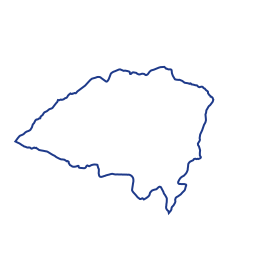 the district of Mushie, Bandundu, Democratic Republic of the Congo, rotated 216°
{"feature_id": "63176286B59505490488503", "entity_name": "Mushie", "entity_type": "district", "adm_level": 2, "iso_a3": "COD", "parent_name": "Democratic Republic of the Congo", "parent_adm1": "Bandundu", "projection": "equal_earth", "projection_center": [17.182, -2.524], "detail": "fine", "context": "isolated", "style": "outline", "palette": "blue", "viewbox_px": 256, "rotation_deg": 216, "n_neighbors": 0, "source": "geoboundaries", "source_scale": "gbopen_adm2", "svg_char_len": 5279}
<svg xmlns="http://www.w3.org/2000/svg" viewBox="0 0 256 256"><g transform="rotate(216 128 128)"><path d="M75.7,201.1L75.8,201.1L77.4,202.2L78.4,202.3L79.6,201.9L80.1,202.4L81.4,202.4L83.2,203.0L83.6,203.1L84.6,204.3L85.2,204.5L87.2,204.5L89.1,205.0L90.3,204.7L91.5,205.1L92.2,205.0L93.0,204.5L94.2,203.0L94.8,202.8L95.4,202.7L97.3,203.0L98.4,202.3L100.8,201.4L102.3,200.6L103.0,200.9L103.5,200.8L103.9,200.7L104.1,200.0L104.4,199.8L104.8,199.8L105.9,199.4L108.4,198.1L108.9,197.9L111.7,198.0L113.8,197.5L114.8,197.2L115.4,196.6L117.7,195.3L118.0,195.3L118.7,195.0L122.4,196.6L124.6,198.1L126.7,200.4L127.4,200.6L128.5,200.2L129.5,199.3L130.4,199.0L130.7,198.9L131.6,198.8L131.9,198.4L134.5,198.8L137.5,196.3L138.5,195.0L141.1,190.8L141.5,190.2L143.1,188.2L143.2,187.7L143.6,186.3L143.6,183.3L143.7,182.7L144.4,181.5L145.0,181.2L146.7,181.2L147.9,180.6L148.7,180.0L150.0,178.2L150.4,178.0L151.0,177.6L152.7,177.3L152.8,177.3L153.6,177.5L155.1,176.8L156.5,176.1L157.0,175.5L157.4,173.5L157.8,173.1L158.1,173.0L159.6,174.3L160.3,174.3L161.8,173.8L164.1,172.7L165.1,171.7L168.8,170.8L169.6,170.1L170.3,169.0L171.9,166.3L172.6,165.3L173.1,164.4L173.5,163.3L173.7,162.6L173.8,162.1L173.7,161.4L173.3,160.0L173.0,158.9L172.7,157.7L172.4,156.7L172.2,155.5L172.2,154.9L172.2,154.3L172.2,153.7L172.4,153.2L172.8,152.8L173.3,152.7L175.6,152.7L176.6,152.7L177.5,152.7L178.9,152.7L180.0,152.8L181.0,152.5L182.1,151.8L182.8,151.2L183.4,150.3L184.0,149.4L184.9,148.3L185.6,147.4L186.1,146.8L186.3,146.2L186.7,144.8L187.0,142.4L187.6,137.1L190.5,127.7L190.5,126.5L190.7,125.4L191.4,125.1L191.8,124.9L192.4,123.8L192.8,123.6L193.0,123.2L193.3,122.6L193.8,122.3L194.1,122.2L194.8,122.2L195.0,121.9L195.0,121.4L195.1,121.2L195.3,120.7L195.4,120.3L195.4,119.8L195.6,119.1L195.4,117.6L195.4,117.2L195.5,116.3L196.4,115.1L196.9,113.5L197.5,112.6L198.2,111.8L199.0,111.6L200.1,109.9L200.7,109.7L201.1,109.5L200.5,107.3L200.7,106.4L200.8,104.1L200.9,99.9L201.3,98.9L202.7,97.0L203.5,93.9L204.8,91.6L204.9,90.2L204.7,88.1L205.1,87.2L205.3,86.0L205.3,85.4L204.8,84.8L204.8,84.1L205.2,83.8L205.5,83.6L206.1,81.9L207.1,81.0L207.4,79.7L206.9,76.8L207.1,74.9L206.1,72.0L205.9,69.1L206.1,68.5L206.7,67.2L207.9,65.5L208.5,64.0L208.8,62.0L209.3,60.7L210.7,58.5L211.0,57.7L211.2,55.0L211.2,50.9L208.3,51.4L206.9,51.7L205.2,51.8L203.9,51.8L202.5,52.0L201.2,52.0L200.0,52.5L198.3,52.9L197.5,53.3L197.0,53.7L196.8,54.1L195.9,54.4L195.5,54.6L194.4,54.5L193.7,54.7L192.4,57.0L191.3,57.2L190.7,58.0L189.5,57.9L188.2,58.0L187.3,57.9L186.2,58.3L184.9,58.9L183.3,59.7L181.3,60.6L180.1,61.2L179.2,61.5L178.1,61.6L175.3,61.8L173.1,62.0L170.9,62.4L169.7,62.3L168.2,62.4L165.2,62.9L163.7,63.3L162.3,64.2L161.5,64.6L160.7,65.0L159.6,65.0L158.4,65.1L157.9,65.1L157.4,65.8L156.0,65.7L155.3,64.8L153.1,63.9L151.6,64.1L150.4,64.1L149.5,64.5L148.5,65.2L147.6,66.1L147.0,66.9L146.6,67.5L146.2,68.0L145.9,68.2L145.6,68.2L145.2,67.7L144.9,67.4L144.4,67.2L143.4,67.5L141.8,68.5L140.8,69.1L139.9,69.6L139.3,70.3L139.1,70.8L139.0,71.5L139.2,72.3L139.2,73.0L139.0,73.6L138.7,73.9L138.1,73.9L137.4,74.1L136.9,74.3L136.4,75.2L136.0,76.1L135.4,77.0L134.6,77.9L133.9,78.6L133.2,79.1L132.3,79.6L131.5,80.1L130.9,80.1L130.2,79.4L129.5,78.9L128.8,78.3L127.8,77.8L127.2,77.3L126.2,75.9L125.6,74.9L125.0,74.0L124.3,73.4L123.7,72.8L123.1,72.4L122.4,72.2L121.8,72.2L120.9,72.7L120.2,73.5L119.6,74.3L119.0,75.2L118.4,75.9L117.9,76.8L116.6,78.4L115.8,79.3L115.1,80.3L114.3,81.2L113.6,81.8L112.8,82.1L111.5,82.7L110.7,83.1L109.4,84.2L108.4,84.8L107.1,85.7L105.8,86.7L104.7,87.3L103.9,88.0L102.9,88.6L101.9,89.4L100.8,90.0L100.1,90.6L99.4,91.0L98.6,91.2L97.8,91.3L97.0,91.3L96.2,91.2L95.1,90.8L94.3,90.4L93.2,89.3L92.2,87.9L91.3,86.0L90.4,84.3L89.7,82.9L88.7,81.0L88.2,80.1L87.6,79.7L86.0,79.1L84.0,78.7L82.1,78.3L80.6,77.9L79.4,77.6L78.4,77.6L77.6,77.6L76.8,77.5L76.1,77.9L75.6,78.6L75.3,79.3L74.9,79.7L74.1,79.6L73.2,79.5L73.0,79.9L72.1,81.9L71.7,83.1L71.3,84.5L71.2,85.5L71.3,86.6L71.8,87.8L72.1,88.7L72.0,90.2L71.8,91.5L71.2,92.5L70.4,93.6L69.6,94.5L69.0,95.2L68.8,96.3L68.7,97.0L68.4,98.3L67.9,99.1L66.9,99.5L65.8,99.1L64.5,98.4L63.2,97.8L61.8,97.1L60.9,96.4L59.9,95.9L58.8,95.6L57.9,95.2L56.6,94.6L55.9,94.3L55.1,93.7L54.1,92.3L53.1,90.8L52.2,89.0L51.3,87.6L50.8,86.5L49.9,85.5L49.0,85.0L47.8,84.6L46.5,84.5L45.0,83.2L44.8,86.3L45.0,87.6L45.7,88.8L46.0,89.8L45.7,92.3L46.0,95.1L46.4,96.3L47.7,97.7L48.3,99.5L48.1,100.7L47.5,101.8L46.4,105.0L46.3,105.3L46.1,107.6L45.6,110.6L45.7,111.6L46.9,114.7L47.0,115.3L47.4,116.1L47.8,116.3L48.5,116.1L49.5,115.7L50.7,114.9L51.5,114.2L52.3,113.8L52.9,113.4L53.7,112.8L54.5,112.8L55.1,113.0L55.7,113.8L55.9,114.9L56.1,116.1L56.2,117.9L56.0,119.3L55.6,120.5L55.1,121.5L54.7,122.4L54.6,123.5L54.4,124.8L54.4,126.0L54.6,127.4L55.1,129.2L55.8,130.3L56.8,132.2L57.5,133.3L58.1,134.4L58.2,135.3L58.2,136.2L57.9,137.5L56.3,140.3L56.4,141.3L56.3,141.8L55.5,142.7L54.4,143.0L53.6,144.0L53.0,144.1L52.7,144.5L52.2,145.3L51.8,146.0L51.7,146.8L52.0,147.3L53.7,148.0L55.2,150.0L56.6,152.4L59.9,154.9L61.2,155.3L62.3,156.5L62.5,159.5L62.7,160.3L63.0,160.9L64.1,161.9L65.8,165.2L66.7,169.8L68.4,175.4L68.5,176.7L68.7,178.1L69.5,180.1L70.3,181.1L73.3,184.5L73.8,186.2L74.9,188.2L75.1,189.1L75.1,189.9L75.4,192.3L75.4,193.4L75.0,194.7L74.9,198.8L75.2,200.0L75.7,201.1Z" fill="none" stroke="#1e3a8a" stroke-width="2"/></g></svg>